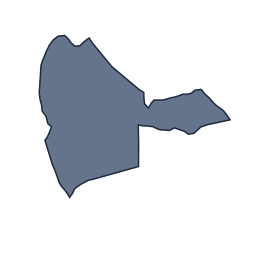 outline of São José dos Ramos, Paraíba, Brazil, rotated 192°
{"feature_id": "56859067B22442503406316", "entity_name": "São José dos Ramos", "entity_type": "district", "adm_level": 2, "iso_a3": "BRA", "parent_name": "Brazil", "parent_adm1": "Paraíba", "projection": "natural_earth1", "projection_center": [-35.36, -7.235], "detail": "fine", "context": "isolated", "style": "filled", "palette": "slate", "viewbox_px": 256, "rotation_deg": 192, "n_neighbors": 0, "source": "geoboundaries", "source_scale": "gbopen_adm2", "svg_char_len": 1158}
<svg xmlns="http://www.w3.org/2000/svg" viewBox="0 0 256 256"><g transform="rotate(192 128 128)"><path d="M151.9,70.4L109.7,92.5L114.1,113.7L118.6,133.2L114.3,133.1L109.3,134.0L103.7,134.5L100.0,133.4L96.4,132.9L92.4,133.5L86.9,134.2L82.5,137.8L76.0,136.9L72.2,136.5L67.5,134.4L62.4,136.5L59.7,140.3L57.0,144.1L50.6,147.9L29.9,157.2L34.6,161.7L38.2,164.7L41.9,166.5L46.2,168.3L50.2,170.9L54.9,174.4L59.9,177.3L64.3,181.0L70.4,178.9L73.4,175.1L77.1,173.4L81.6,172.4L85.1,170.0L88.2,168.3L93.2,166.0L96.6,164.2L100.0,162.5L104.2,161.7L108.4,160.7L110.5,157.0L112.0,151.9L116.6,154.8L118.1,158.7L120.0,166.1L124.9,167.8L156.3,184.5L170.6,195.8L180.8,204.0L184.8,208.0L188.7,203.5L192.1,198.5L197.0,196.9L201.6,199.6L204.4,202.3L209.0,205.3L215.5,203.3L219.6,198.3L222.1,192.7L223.8,186.1L224.8,180.4L225.7,175.7L226.1,171.3L222.1,143.7L219.9,137.5L217.3,132.5L215.4,126.6L210.7,122.4L207.3,115.7L203.1,113.3L204.0,107.3L205.0,102.5L206.7,98.7L194.1,76.0L190.7,71.5L188.1,67.2L183.8,60.1L181.2,57.4L175.1,52.6L170.7,48.0L168.5,53.0L167.7,57.0L165.2,60.3L162.6,62.9L159.2,65.8L156.1,68.5L151.9,70.4Z" fill="#64748b" stroke="#1e293b" stroke-width="1.5"/></g></svg>